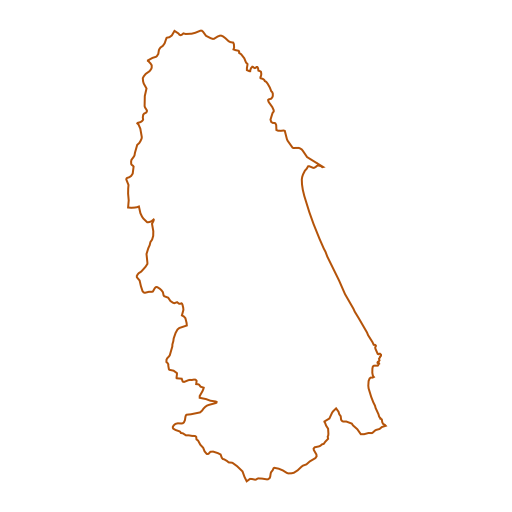 outline of Hoai Nhon, Bình Định, Vietnam
{"feature_id": "81297802B87599740731463", "entity_name": "Hoai Nhon", "entity_type": "district", "adm_level": 2, "iso_a3": "VNM", "parent_name": "Vietnam", "parent_adm1": "Bình Định", "projection": "albers", "projection_center": [109.03, 14.515], "detail": "fine", "context": "isolated", "style": "outline", "palette": "amber", "viewbox_px": 512, "rotation_deg": 0, "n_neighbors": 0, "source": "geoboundaries", "source_scale": "gbopen_adm2", "svg_char_len": 6022}
<svg xmlns="http://www.w3.org/2000/svg" viewBox="0 0 512 512"><path d="M128.1,207.5L131.2,207.8L134.4,207.6L137.1,207.2L138.9,206.5L140.4,213.2L142.0,216.6L143.3,218.5L147.1,222.2L147.9,222.3L149.8,221.9L151.7,221.1L153.6,219.5L153.8,219.8L153.4,221.1L152.0,223.8L153.3,231.2L153.2,235.9L152.1,239.6L150.4,242.1L149.7,245.1L148.3,248.2L146.5,254.0L147.4,262.6L147.4,263.9L145.5,266.8L143.4,269.2L141.2,271.6L138.7,273.2L137.6,274.5L136.8,276.0L136.9,277.3L139.6,280.5L140.9,286.1L142.5,291.1L143.6,292.4L144.9,292.8L148.9,291.8L152.0,291.8L152.9,291.5L154.7,288.3L155.5,287.4L156.2,287.0L157.4,287.2L159.9,288.8L161.5,290.3L162.9,292.2L163.6,295.4L164.2,296.2L168.2,297.7L170.4,301.0L172.9,302.7L174.3,303.2L177.1,302.2L179.0,303.7L180.1,303.8L181.5,303.3L182.0,303.7L182.5,304.8L183.2,307.7L183.4,309.9L181.9,315.4L183.9,316.5L185.4,318.2L186.6,323.0L186.8,325.5L179.3,328.0L177.5,329.5L175.6,332.9L173.7,338.4L173.3,341.2L172.4,344.4L172.3,346.5L169.8,355.2L169.0,356.4L167.2,358.3L166.5,359.7L166.4,362.0L167.5,363.0L168.3,364.3L168.3,365.8L168.9,369.2L169.4,369.8L173.6,370.7L176.9,373.1L177.0,373.8L176.5,378.0L176.8,378.3L181.7,378.7L182.6,381.3L183.1,381.8L184.2,381.9L188.4,380.2L189.9,379.9L191.8,380.0L193.8,379.6L195.2,379.6L195.9,380.0L196.6,380.9L196.2,384.1L198.2,384.3L199.1,384.7L200.6,386.7L203.7,387.7L203.5,388.7L202.5,391.1L199.7,396.0L199.7,397.8L206.1,399.1L210.3,400.7L215.7,401.5L216.6,401.9L216.5,402.6L215.9,403.0L208.9,404.9L207.0,405.6L205.3,406.8L203.5,408.6L202.1,410.6L200.1,412.4L190.8,414.3L186.7,414.7L186.0,415.2L185.5,416.5L184.9,420.2L183.9,422.4L182.9,423.2L181.7,423.5L177.8,423.3L175.8,423.8L174.9,424.3L173.6,425.5L172.8,427.0L172.9,428.0L173.3,428.7L175.6,430.0L179.6,431.4L180.2,431.8L180.9,433.0L182.8,433.3L185.9,435.3L188.6,435.3L192.0,435.9L194.9,436.0L195.7,436.4L196.2,436.9L196.5,439.4L198.1,440.6L200.3,444.7L203.2,447.8L204.6,451.4L206.7,453.9L207.8,454.0L208.5,453.8L210.4,451.8L213.1,451.6L217.8,453.1L220.6,454.5L221.8,457.8L222.8,459.0L224.3,459.4L227.0,461.0L228.7,462.4L232.0,462.7L232.7,463.0L237.1,466.2L242.5,471.4L244.5,476.9L246.7,481.3L250.0,478.9L252.0,479.0L255.1,479.7L255.9,479.6L257.4,478.7L258.3,478.4L262.1,478.6L267.1,479.4L268.2,479.2L269.7,478.0L270.2,476.7L270.7,473.4L271.1,472.2L272.7,470.2L273.6,468.2L274.3,467.8L278.7,468.7L282.8,470.4L286.8,472.9L288.3,473.4L291.4,473.3L293.8,472.8L297.7,470.3L301.6,466.6L303.0,465.6L306.4,464.4L309.8,461.4L315.4,458.1L316.6,456.3L316.4,454.5L313.8,450.0L313.6,448.6L314.7,447.3L318.9,446.4L320.3,445.8L322.1,444.3L323.7,443.9L325.3,441.7L328.1,438.8L327.7,436.6L328.2,435.6L328.4,433.9L328.1,428.7L326.1,425.6L325.0,422.7L324.4,421.8L324.4,421.5L329.4,418.5L332.1,412.7L333.1,411.3L336.1,408.4L338.5,411.7L339.3,414.3L340.7,416.2L341.1,419.7L341.5,420.3L342.2,421.1L343.1,421.5L346.2,421.5L351.8,423.6L353.0,425.4L357.3,429.2L360.8,434.2L364.1,434.2L368.5,433.0L371.9,433.1L372.5,432.8L375.2,430.4L376.2,429.9L379.5,429.0L381.9,427.0L385.7,425.8L384.9,424.9L383.1,423.9L382.3,422.4L381.8,419.5L381.4,419.1L380.3,418.7L380.3,417.9L379.8,417.6L379.1,416.5L378.5,414.3L375.6,408.0L375.0,405.7L373.3,402.3L371.2,396.9L368.6,388.4L368.3,385.7L368.6,381.0L369.6,378.5L370.7,377.6L372.6,377.6L373.8,377.0L373.2,376.3L372.8,375.4L372.3,372.8L372.4,368.6L372.8,366.7L373.5,365.9L374.3,365.7L377.6,365.7L378.1,365.4L378.4,364.3L379.2,363.7L379.1,363.3L377.6,363.0L377.5,362.6L377.8,361.9L378.9,361.2L379.5,360.4L379.0,358.8L380.1,357.1L380.1,356.5L381.0,355.8L381.0,354.7L379.9,353.7L379.0,353.8L378.5,354.2L377.7,353.9L375.4,348.7L375.2,347.3L375.9,346.0L375.8,345.5L375.1,344.9L373.7,344.8L372.5,342.2L368.1,335.2L367.0,332.5L358.6,318.0L354.7,311.6L353.4,308.7L345.0,294.1L339.1,280.6L327.3,256.6L325.5,251.8L323.8,248.6L319.5,238.8L313.5,223.9L309.3,212.1L304.3,196.0L302.8,189.8L302.0,184.4L301.8,179.4L302.2,176.9L303.0,174.5L304.9,170.7L306.7,168.7L308.1,166.3L309.1,166.2L313.3,167.9L314.1,167.8L315.7,167.0L316.6,166.1L318.0,165.4L320.9,166.1L322.3,167.2L323.1,167.0L307.1,157.1L302.9,150.9L301.7,149.4L299.6,148.2L298.6,147.9L293.3,148.0L292.5,147.6L287.6,140.7L286.9,139.1L284.8,130.9L283.6,130.5L281.0,130.8L278.0,130.7L276.4,130.0L276.2,125.1L275.8,124.2L275.3,123.3L274.7,123.0L272.7,122.9L271.2,121.9L270.5,119.6L272.5,113.1L273.7,111.5L273.7,110.2L272.3,107.1L268.8,102.2L268.4,101.3L268.1,100.0L268.7,99.4L271.2,98.7L272.3,97.3L272.8,96.0L272.8,93.6L272.2,92.1L271.3,91.3L269.8,87.5L267.7,83.8L266.5,82.2L266.0,81.7L264.8,81.1L264.3,80.0L263.7,79.5L262.6,78.8L260.7,78.3L260.4,78.0L260.5,76.9L261.0,76.0L261.3,74.0L261.0,71.9L260.5,71.4L258.4,70.6L258.1,68.5L257.7,67.5L257.3,67.0L256.5,67.0L255.7,67.8L254.8,68.1L253.6,67.5L253.0,66.9L252.3,66.7L251.0,68.2L250.3,70.1L250.2,71.2L249.4,71.2L246.9,70.1L246.9,68.0L247.5,64.6L247.4,63.8L246.3,62.9L245.7,61.8L244.3,58.3L241.2,54.3L239.1,52.9L239.1,51.4L238.6,50.8L235.4,50.1L233.5,49.4L234.1,47.5L233.9,44.2L233.2,42.6L230.3,42.1L228.6,41.2L225.4,38.2L223.0,36.4L221.4,35.7L220.1,35.6L217.7,36.5L214.0,38.8L212.8,38.9L210.7,38.2L206.0,35.8L203.0,31.7L201.8,30.7L200.4,30.7L195.2,32.8L191.7,33.7L185.7,34.0L183.4,33.4L181.9,34.7L180.7,35.2L179.5,34.8L178.5,33.5L174.5,30.9L171.8,35.5L169.4,37.2L166.9,37.7L166.5,38.0L164.6,43.4L162.8,45.9L160.5,47.5L159.3,49.2L158.9,50.1L158.3,53.9L156.8,56.2L156.0,56.8L152.5,57.9L147.9,60.4L147.9,60.9L148.7,61.2L149.2,62.1L150.5,63.4L151.7,65.3L151.7,67.5L151.4,68.6L150.2,70.4L149.4,71.3L145.7,73.9L143.7,76.4L142.8,78.2L143.1,81.4L143.7,83.5L146.5,88.5L144.8,96.0L144.6,106.1L145.0,107.4L146.9,110.4L146.9,111.3L146.3,112.5L144.0,113.7L143.2,114.8L142.8,117.4L143.1,119.5L142.8,120.2L142.0,121.1L140.5,122.1L137.6,122.9L137.3,123.4L138.5,124.5L140.3,128.6L141.8,137.1L141.6,138.6L140.4,141.2L139.2,143.1L137.2,144.9L135.0,152.6L134.5,155.3L134.0,156.4L131.5,159.8L131.1,161.5L131.2,164.0L131.7,164.8L133.0,165.8L133.6,166.6L132.7,173.6L131.2,175.9L129.3,177.2L127.0,178.0L126.5,178.5L126.3,179.5L128.5,185.0L128.2,188.5L128.1,193.6L128.7,200.4L128.1,207.5Z" fill="none" stroke="#b45309" stroke-width="2"/></svg>